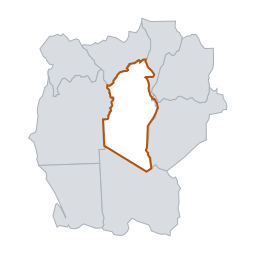 Chad highlighted, Equal Earth projection, rotated 178°
{"feature_id": "TCD", "entity_name": "Chad", "entity_type": "country or territory", "adm_level": 0, "iso_a3": "TCD", "parent_name": "Africa", "parent_adm1": "", "projection": "equal_earth", "projection_center": [18.978, 15.46], "detail": "fine", "context": "with_neighbors", "style": "outline", "palette": "amber", "viewbox_px": 256, "rotation_deg": 178, "n_neighbors": 8, "source": "natural_earth", "source_scale": "50m", "svg_char_len": 8292}
<svg xmlns="http://www.w3.org/2000/svg" viewBox="0 0 256 256"><g transform="rotate(178 128 128)"><path d="M156.1,190.6L152.1,187.5L150.2,185.5L150.7,177.4L147.6,172.9L147.0,168.2L145.1,166.1L145.0,161.9L143.9,159.2L142.1,159.6L143.9,154.1L143.3,151.1L145.0,149.0L143.9,147.3L147.6,137.8L152.2,138.3L151.7,107.5L157.6,107.5L157.4,93.7L218.5,93.7L220.4,100.5L219.4,101.7L220.4,108.9L222.6,117.2L227.6,121.5L225.1,125.5L221.3,126.6L219.8,128.8L217.4,143.8L218.1,146.6L217.4,152.7L215.4,159.7L212.3,163.2L209.7,171.5L207.2,173.5L205.8,181.0L206.0,187.4L205.8,181.8L205.1,181.7L204.4,175.7L201.7,172.9L201.0,167.8L201.5,162.5L199.0,162.0L198.7,163.6L195.5,164.0L196.8,166.0L197.4,170.3L192.0,179.4L189.3,180.1L184.7,175.9L182.8,177.4L182.2,179.5L179.5,180.8L179.4,182.3L174.1,182.3L173.4,180.8L169.5,180.6L167.6,181.8L166.2,181.2L162.5,175.1L158.7,176.1L155.9,185.7L152.5,187.9L156.1,190.6Z" fill="#d9dde1" stroke="#a8b0b8" stroke-width="1"/><path d="M105.3,87.7L106.5,98.5L108.4,100.3L108.4,102.5L110.6,104.9L109.4,107.8L107.3,122.0L107.0,131.1L100.3,137.7L97.9,147.0L100.1,149.6L100.0,154.2L103.4,154.4L102.9,157.7L101.4,158.1L101.2,160.4L100.2,160.5L96.7,152.8L95.5,152.5L91.3,156.4L84.4,154.0L82.9,154.9L79.8,154.7L76.7,157.8L74.0,157.9L67.7,154.3L65.1,156.0L62.5,155.9L60.5,153.2L55.3,150.6L49.7,151.4L48.3,152.9L47.4,157.0L45.9,159.9L45.4,166.2L41.4,162.1L39.5,162.1L37.7,164.2L37.9,159.4L31.9,157.7L31.8,154.3L29.0,149.7L28.4,146.5L28.9,143.1L32.3,142.8L34.3,140.3L46.1,138.6L46.7,134.2L49.7,129.5L50.1,113.4L57.5,110.3L72.9,96.7L90.7,83.6L98.8,86.5L101.6,90.3L105.3,87.7Z" fill="#d9dde1" stroke="#a8b0b8" stroke-width="1"/><path d="M39.9,204.7L40.3,188.7L41.3,184.2L45.7,177.6L45.1,175.6L46.2,172.8L45.1,168.6L45.9,159.9L47.4,157.0L48.3,152.9L49.7,151.4L55.3,150.6L60.5,153.2L62.5,155.9L65.1,156.0L67.7,154.3L74.0,157.9L76.7,157.8L79.8,154.7L82.9,154.9L84.4,154.0L91.3,156.4L95.5,152.5L96.7,152.8L100.2,160.5L101.2,160.4L103.3,163.2L102.4,166.8L97.9,172.3L93.5,187.2L90.6,190.1L88.0,199.6L84.4,202.0L81.4,199.0L79.4,199.2L76.2,203.3L74.7,203.4L70.7,215.4L65.2,218.0L63.1,217.6L61.1,219.2L56.8,219.0L54.0,214.6L52.3,209.4L48.6,204.7L39.9,204.7Z" fill="#d9dde1" stroke="#a8b0b8" stroke-width="1"/><path d="M102.9,157.7L104.9,162.2L105.0,171.7L107.9,178.1L101.0,177.9L99.9,181.2L103.0,185.4L105.3,186.6L107.7,194.5L104.1,203.7L102.9,205.0L102.5,215.7L105.0,219.4L107.4,225.7L109.9,228.0L110.7,233.4L110.3,237.2L101.7,233.6L76.8,233.2L77.5,227.6L75.5,222.8L73.1,221.6L72.0,218.4L70.6,217.4L72.1,210.3L74.7,203.4L76.2,203.3L79.4,199.2L81.4,199.0L84.4,202.0L88.0,199.6L90.6,190.1L93.5,187.2L97.9,172.3L102.4,166.8L103.3,163.2L101.2,160.4L101.4,158.1L102.9,157.7Z" fill="#d9dde1" stroke="#a8b0b8" stroke-width="1"/><path d="M171.1,212.1L169.4,212.8L162.0,211.9L157.5,214.5L155.4,213.0L149.5,216.6L147.0,215.8L144.7,220.7L136.8,218.6L129.1,213.5L126.2,215.8L124.1,219.5L123.7,224.5L116.6,222.9L113.5,226.7L110.7,233.4L109.9,228.0L107.4,225.7L105.0,219.4L102.5,215.7L102.4,210.5L102.9,205.0L104.1,203.7L106.8,196.4L111.2,195.9L112.2,194.0L114.4,195.8L121.1,193.1L126.1,187.8L125.6,185.3L132.2,185.1L137.2,181.7L141.0,174.0L143.7,171.1L147.0,169.9L147.6,172.9L150.7,177.4L150.2,185.5L159.0,193.5L159.1,195.9L164.9,202.7L166.3,207.0L170.3,209.8L171.1,212.1Z" fill="#d9dde1" stroke="#a8b0b8" stroke-width="1"/><path d="M218.5,93.7L157.4,93.7L156.6,44.5L155.0,39.1L156.2,35.0L155.4,32.2L157.1,29.1L163.7,28.9L175.8,33.7L181.5,29.7L185.9,29.1L189.4,30.0L190.9,33.2L192.0,31.1L199.9,33.0L202.3,31.4L206.1,42.8L202.9,54.0L201.7,55.2L197.6,50.0L193.5,40.4L193.1,41.0L203.1,65.4L211.9,80.4L210.9,81.6L211.3,86.1L218.5,93.7Z" fill="#d9dde1" stroke="#a8b0b8" stroke-width="1"/><path d="M156.6,44.5L157.6,107.5L151.7,107.5L151.6,110.5L110.5,84.0L101.6,90.3L98.8,86.5L90.7,83.6L88.6,79.3L84.6,76.1L82.2,77.4L80.5,73.5L80.4,70.6L77.5,65.7L79.6,62.8L79.7,51.8L80.8,46.4L79.2,37.4L81.7,35.9L81.7,30.3L89.3,23.8L89.7,18.8L95.4,21.0L97.5,20.5L101.6,21.5L108.1,24.5L110.3,30.3L121.7,34.4L127.0,37.7L131.8,32.9L130.6,27.8L132.2,24.7L135.7,21.6L139.1,20.7L145.8,22.0L147.5,25.0L155.8,26.9L157.1,29.1L155.4,32.2L156.2,35.0L155.0,39.1L156.6,44.5Z" fill="#d9dde1" stroke="#a8b0b8" stroke-width="1"/><path d="M189.6,224.4L184.9,219.7L183.6,216.6L176.8,218.9L174.4,218.0L170.3,209.8L166.3,207.0L164.9,202.7L159.1,195.9L159.0,193.5L152.5,187.9L155.9,185.7L158.7,176.1L162.5,175.1L166.2,181.2L167.6,181.8L169.5,180.6L173.4,180.8L174.1,182.3L179.4,182.3L179.5,180.8L182.2,179.5L182.8,177.4L184.7,175.9L189.3,180.1L192.0,179.4L197.4,170.3L196.8,166.0L195.5,164.0L198.7,163.6L199.0,162.0L201.5,162.5L201.0,167.8L201.7,172.9L204.4,175.7L205.1,181.7L205.8,181.8L206.0,187.4L205.2,189.6L202.4,189.7L200.6,193.8L203.9,194.3L206.6,197.8L207.6,200.7L210.0,202.3L213.3,210.1L203.2,222.4L199.5,222.4L195.2,224.1L191.8,222.5L189.6,224.4Z" fill="#d9dde1" stroke="#a8b0b8" stroke-width="1"/><path d="M152.4,111.0L152.4,114.2L152.5,117.3L152.5,120.4L152.5,123.5L152.6,126.6L152.6,129.8L152.6,132.9L152.7,136.0L152.7,137.1L152.6,137.5L151.2,137.3L150.7,137.3L149.9,137.5L148.8,137.6L148.1,137.6L147.6,138.1L147.2,138.8L147.4,140.4L147.3,140.9L147.2,141.4L146.9,141.9L146.5,142.2L146.3,142.6L146.1,143.3L145.9,143.6L145.9,144.1L145.8,144.5L145.6,144.8L145.1,144.9L144.8,145.1L144.5,145.5L144.3,145.7L144.4,146.1L144.6,146.5L144.6,147.2L144.7,147.6L145.0,147.9L145.1,148.2L145.2,148.5L144.4,149.2L144.1,149.4L143.8,149.7L143.7,149.8L143.3,150.3L143.0,150.7L142.9,151.0L142.9,151.5L143.2,152.3L143.4,152.9L143.5,153.4L143.6,153.9L143.6,154.4L143.4,154.8L143.2,155.2L142.3,155.9L141.9,156.7L141.5,157.7L141.5,158.2L141.6,158.5L141.7,158.8L142.0,159.0L142.4,159.0L143.0,158.9L143.6,158.8L144.2,159.1L144.6,159.9L144.4,160.5L144.7,161.6L144.9,162.9L144.9,163.3L145.0,163.5L145.4,163.6L145.5,163.9L145.3,166.1L145.5,166.8L145.8,167.2L146.1,167.5L146.4,167.8L146.6,168.0L146.9,168.0L147.3,168.4L147.4,169.0L147.4,169.5L147.2,170.7L147.0,171.5L146.8,171.4L146.3,171.2L145.7,171.1L145.0,170.9L144.4,171.2L143.7,171.6L143.5,172.0L143.3,172.1L142.9,172.1L142.7,172.2L142.5,172.4L142.3,172.8L141.2,173.4L141.0,173.7L140.9,173.9L140.9,174.2L141.0,174.7L141.0,175.4L140.8,175.9L140.5,176.3L140.2,176.5L139.8,176.8L139.3,178.0L139.0,178.2L138.6,178.2L137.2,180.1L137.1,180.6L136.6,181.4L136.0,182.2L135.4,182.7L135.4,182.8L135.2,183.0L134.9,183.2L133.7,184.2L132.3,184.2L131.6,184.6L131.0,184.8L130.1,185.0L129.9,185.0L128.7,185.1L127.4,185.0L126.8,185.2L126.3,185.6L126.0,185.9L125.9,186.0L126.0,186.2L126.0,186.3L126.9,187.2L127.2,187.6L126.9,188.0L126.6,188.4L126.1,189.4L125.2,190.5L124.8,190.9L124.6,191.1L124.4,191.8L124.3,192.0L123.7,192.1L122.5,192.1L121.0,192.4L120.0,192.5L119.4,192.4L118.6,192.9L118.3,193.1L118.1,193.1L117.3,193.6L116.6,194.4L116.3,194.6L115.4,194.9L115.0,195.4L114.8,195.5L114.2,194.8L113.8,194.1L113.6,193.5L113.6,193.2L113.4,193.3L113.1,193.6L112.8,193.9L112.7,194.5L111.7,195.0L110.8,195.3L110.4,195.8L109.8,196.0L109.1,195.9L108.5,195.7L107.9,195.7L108.2,195.1L108.3,194.7L108.3,194.2L108.3,193.8L107.9,193.6L107.7,193.3L107.2,191.7L106.7,190.0L106.0,188.3L105.2,187.2L104.6,186.6L104.2,186.3L104.0,186.1L102.9,185.0L101.9,183.7L101.6,183.1L101.0,182.2L100.4,181.3L100.1,180.9L100.0,180.2L100.4,179.5L100.9,178.7L101.4,178.2L102.1,178.1L103.3,178.3L104.5,178.4L105.8,178.3L106.1,178.1L106.4,178.1L107.1,178.3L108.3,178.3L108.9,178.0L108.2,177.4L107.5,176.5L106.9,175.5L106.5,174.6L106.1,173.4L105.8,172.0L105.6,170.1L105.6,169.0L105.8,168.3L106.1,167.0L105.9,166.3L105.9,165.7L105.9,164.9L105.8,164.4L105.3,163.0L105.3,162.9L104.9,161.9L104.7,160.2L104.2,159.1L103.5,158.6L103.1,158.0L103.0,156.8L102.7,156.5L101.5,156.1L100.6,156.1L99.9,154.9L99.0,153.2L98.2,151.7L97.7,148.7L97.4,146.9L97.8,146.4L98.5,145.2L99.3,142.8L101.3,139.1L102.3,137.3L104.3,134.5L106.8,131.1L108.2,129.1L108.4,125.6L108.7,121.9L108.9,119.1L109.1,115.8L109.3,113.1L109.5,111.1L109.7,108.2L109.8,107.7L110.8,105.4L110.9,105.1L110.7,104.8L109.4,102.9L108.9,102.5L108.7,101.5L109.1,100.9L107.5,97.8L107.1,97.4L106.9,97.0L106.9,96.4L106.9,94.2L106.5,90.8L106.0,86.8L107.9,85.7L109.3,84.8L111.1,83.7L112.8,84.9L115.3,86.5L117.7,88.1L120.2,89.7L122.6,91.4L125.1,93.0L127.6,94.6L130.0,96.3L132.5,97.9L135.0,99.5L137.4,101.2L139.9,102.8L142.4,104.5L144.9,106.1L147.4,107.8L149.9,109.4L152.4,111.0Z" fill="none" stroke="#b45309" stroke-width="2"/></g></svg>